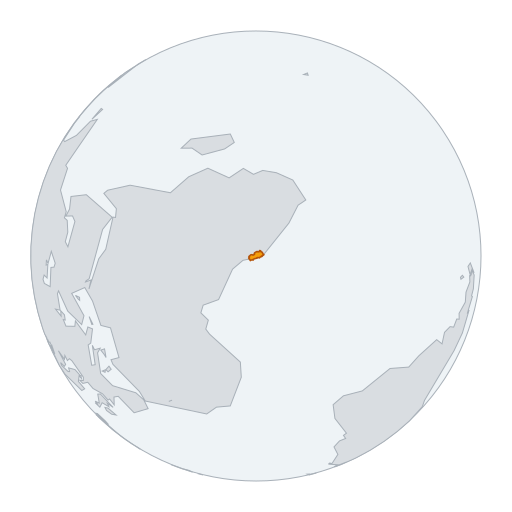 Namibe on an orthographic globe, rotated 236°
{"feature_id": "AGO-1893", "entity_name": "Namibe", "entity_type": "Province", "adm_level": 1, "iso_a3": "AGO", "parent_name": "Angola", "parent_adm1": "", "projection": "orthographic", "projection_center": [12.66, -15.394], "detail": "fine", "context": "on_globe", "style": "filled", "palette": "amber", "viewbox_px": 512, "rotation_deg": 236, "n_neighbors": 0, "source": "natural_earth", "source_scale": "10m", "svg_char_len": 6705}
<svg xmlns="http://www.w3.org/2000/svg" viewBox="0 0 512 512"><g transform="rotate(236 256 256)"><circle cx="256" cy="256" r="225" fill="#eef3f6" stroke="#a8b0b8"/><path d="M130.5,68.9L127.5,71.0L124.8,72.9L130.5,68.9ZM108.3,85.9L106.6,87.4L104.1,89.6L108.3,85.9ZM35.5,209.8L37.1,203.5L34.6,215.9L37.6,202.7L37.3,206.9L42.7,200.0L41.6,203.3L45.7,212.9L54.1,213.9L56.0,221.9L54.6,228.3L58.4,228.2L58.5,231.9L77.2,230.6L89.6,236.8L91.2,250.3L84.7,268.7L87.8,304.2L78.5,320.5L82.2,335.2L85.6,359.0L79.1,361.1L87.3,369.6L88.9,377.4L86.5,380.1L91.5,387.2L90.0,389.1L94.9,392.3L100.7,403.7L108.6,409.9L114.9,418.8L120.2,422.1L119.5,422.8L121.0,425.2L123.9,427.5L118.2,426.2L107.3,417.9L102.4,412.4L101.4,412.7L90.1,398.9L92.1,402.5L76.8,384.1L66.8,367.3L45.6,322.4L42.1,315.0L38.1,309.6L33.5,291.1L31.5,274.9L30.7,258.5L31.1,242.2L32.7,225.9L35.5,209.8ZM130.4,429.8L120.1,427.4L124.6,428.1L120.9,423.1L128.8,425.9L130.4,429.8ZM122.3,416.5L122.1,412.9L124.0,413.6L124.6,416.3L122.3,416.5ZM476.8,211.4L478.0,217.6L478.9,223.3L481.1,246.0L481.0,244.2L479.6,228.9L478.6,222.1L476.3,208.9L470.5,187.3L470.1,187.5L467.7,179.9L459.7,161.2L457.8,161.4L456.4,174.6L460.3,194.2L458.0,200.8L445.2,168.2L437.6,149.0L434.1,148.8L420.0,130.8L398.8,123.4L394.8,118.5L391.1,119.4L381.0,113.3L374.5,105.9L368.8,105.2L385.9,125.2L391.8,126.3L395.4,120.7L399.2,127.7L408.8,135.9L401.7,149.6L368.6,158.4L363.8,143.7L330.4,104.9L330.5,101.3L330.3,100.9L329.8,100.1L328.4,105.8L322.1,99.1L341.6,124.1L345.6,135.2L368.2,159.2L366.5,161.1L373.3,166.7L393.0,164.9L393.5,169.8L385.1,191.2L356.3,220.4L359.3,244.6L355.7,265.2L335.8,277.4L335.7,294.5L325.1,299.6L323.2,309.4L313.6,319.5L298.4,329.0L274.6,328.6L274.6,319.3L264.9,301.7L252.2,261.0L259.7,242.8L258.2,229.2L240.8,200.6L244.8,184.7L239.7,178.5L229.5,180.6L223.5,173.5L217.2,173.8L176.8,183.7L163.7,176.0L146.1,150.8L152.8,138.7L152.6,126.8L197.7,83.1L208.9,83.6L246.2,76.8L251.1,77.8L248.4,85.6L277.8,95.2L285.2,88.6L310.1,95.3L325.6,96.4L328.1,82.3L302.7,80.0L296.6,73.1L315.6,69.1L337.5,72.8L335.8,70.3L320.6,63.3L324.1,60.1L315.1,60.8L319.8,63.5L314.3,64.3L309.6,62.0L311.1,60.7L304.1,59.2L299.0,66.5L303.2,70.0L285.8,70.7L291.2,76.9L287.0,79.7L276.2,70.3L276.1,67.1L257.3,58.7L255.8,61.9L273.5,70.4L268.6,69.7L266.7,75.3L264.3,70.5L245.4,61.5L228.7,64.6L209.8,79.9L199.5,82.5L189.8,81.2L194.2,67.3L216.7,63.3L218.5,59.4L211.9,55.2L219.3,54.7L219.3,52.8L227.6,51.7L237.3,46.8L245.4,45.9L247.2,41.2L251.6,40.4L249.3,43.2L252.0,45.1L272.0,44.8L275.2,43.9L274.8,41.2L280.4,41.9L277.4,39.4L287.9,39.2L272.6,37.6L271.7,35.5L276.9,34.4L273.9,33.7L265.3,35.6L264.4,36.8L268.0,38.1L263.1,42.4L256.6,43.3L251.4,38.6L241.7,39.7L241.9,36.4L264.8,31.6L275.4,31.8L297.1,35.2L295.8,35.7L287.3,34.4L296.9,37.0L295.3,36.1L299.9,37.0L300.2,36.1L303.5,36.7L298.1,35.0L302.2,35.8L305.5,36.9L309.4,37.2L315.4,38.7L331.2,43.7L346.6,49.8L361.6,57.0L375.9,65.3L389.6,74.6L402.6,85.0L414.8,96.2L426.1,108.3L436.5,121.2L446.0,134.9L454.4,149.2L461.7,164.1L467.9,179.5L472.9,195.3L476.8,211.4ZM184.2,102.4L183.4,105.8L184.2,102.4ZM362.3,85.5L374.3,88.9L366.1,79.4L370.0,80.1L365.8,76.9L365.4,78.7L354.6,70.5L358.7,69.7L355.8,66.4L351.6,65.2L345.7,68.2L361.2,79.6L359.7,82.3L362.3,85.5ZM42.9,199.6L43.2,201.2L42.2,202.3L42.9,199.6ZM45.8,176.9L46.5,176.5L45.0,179.0L45.8,176.9ZM44.7,177.8L45.1,177.8L42.4,184.4L42.4,184.5L44.7,177.8ZM119.2,77.5L115.0,81.2L116.7,79.4L113.2,82.2L112.3,82.5L125.9,72.1L119.9,76.5L119.2,77.5ZM211.5,45.7L214.9,46.1L212.7,48.2L202.4,51.1L205.5,47.9L211.5,45.7ZM220.4,46.4L218.0,42.0L224.3,40.6L221.2,42.0L225.6,41.5L221.7,43.8L230.0,47.6L228.6,49.8L210.4,52.9L217.1,50.4L213.3,49.8L220.4,46.4ZM201.0,38.8L200.0,38.5L214.9,35.6L214.1,36.4L203.7,38.8L198.7,39.5L201.0,38.8ZM214.1,34.7L213.8,34.7L212.6,34.9L214.1,34.7ZM208.9,35.7L208.0,35.9L212.1,35.1L181.8,43.3L170.8,47.5L162.9,51.1L160.4,52.0L176.1,45.4L192.3,39.9L208.9,35.7ZM255.7,74.9L259.3,75.1L264.8,74.7L263.7,78.5L255.7,74.9ZM242.7,68.6L245.8,68.0L246.9,72.5L243.1,72.6L242.7,68.6ZM246.6,64.2L245.9,67.6L244.0,65.8L246.6,64.2ZM252.1,42.8L255.4,42.4L256.1,43.0L254.7,44.0L252.1,42.8ZM324.3,84.3L320.4,86.6L317.8,85.0L319.7,84.5L324.3,84.3ZM291.0,81.6L299.1,83.8L290.6,82.6L291.0,81.6ZM379.8,397.0L379.0,401.0L376.7,400.3L379.8,397.0ZM389.3,267.5L371.5,302.9L362.3,301.5L362.3,289.9L369.9,267.8L381.2,263.3L387.2,254.3L389.3,267.5ZM480.5,274.5L481.0,265.3L478.4,227.6L479.4,230.8L481.2,250.4L480.5,274.5ZM461.1,196.4L464.9,210.2L463.3,210.8L461.1,196.4Z" fill="#d9dde1" stroke="#a8b0b8" stroke-width="1"/><path d="M258.0,262.2L257.9,262.1L257.7,262.2L257.3,262.2L257.1,262.3L256.9,262.4L256.8,262.5L256.7,262.6L256.5,262.8L256.3,262.8L256.2,263.0L255.9,263.0L255.7,263.2L255.3,263.2L255.2,263.2L254.9,263.2L254.7,263.2L254.4,263.2L254.2,263.0L254.2,262.9L253.9,262.9L253.6,262.9L253.5,263.0L253.3,263.0L253.1,263.2L252.9,263.3L252.7,263.3L252.6,263.2L252.6,262.5L252.7,262.1L252.7,261.8L252.6,261.5L252.6,261.4L252.7,261.6L252.8,261.6L252.8,261.2L252.8,260.7L252.8,260.3L252.7,258.8L252.7,258.7L252.8,258.5L252.7,258.3L252.5,258.0L252.5,257.8L252.6,257.6L252.8,257.5L253.1,257.4L253.2,257.2L253.5,256.9L253.5,256.7L253.6,256.4L253.6,256.2L253.7,255.8L253.7,255.4L253.8,255.3L253.9,255.1L254.0,255.2L254.0,254.9L253.9,254.9L254.0,254.7L254.1,254.3L254.1,254.2L254.3,253.9L254.4,253.7L254.5,253.6L254.5,253.4L254.5,253.2L254.6,252.8L254.6,252.5L254.7,252.4L254.7,252.2L254.8,252.0L254.8,251.7L254.7,251.5L254.7,251.4L254.7,251.2L254.8,251.2L254.8,250.9L254.7,250.9L254.8,250.8L254.8,250.7L254.9,250.4L255.0,250.3L255.0,250.2L255.3,250.0L255.4,249.8L255.5,249.4L255.4,249.0L255.5,249.0L255.5,248.9L255.6,248.7L255.8,248.7L256.2,248.8L256.4,248.8L256.6,248.9L256.8,249.0L257.0,249.0L257.4,248.8L257.5,248.8L257.5,248.7L258.4,248.8L258.5,248.9L258.4,249.1L258.4,249.3L258.5,249.4L258.6,249.6L258.7,249.8L258.8,249.8L259.0,249.8L259.3,249.9L259.5,249.9L259.5,250.1L259.7,250.3L259.7,250.5L259.5,250.9L259.6,251.2L259.6,251.3L259.7,251.5L259.8,251.5L259.9,252.3L259.7,252.6L259.7,252.8L259.6,253.0L259.5,253.3L259.4,253.4L258.7,253.9L258.5,254.0L258.4,254.0L258.3,254.5L258.2,254.7L258.2,254.8L258.4,255.1L258.2,255.3L258.2,255.5L258.4,255.5L258.5,255.6L258.6,255.8L258.7,255.7L258.8,255.7L258.9,255.8L258.9,256.0L259.0,256.1L259.1,256.3L259.4,256.5L259.4,257.3L259.5,257.7L259.5,257.8L259.2,258.4L259.2,258.5L259.2,258.8L259.3,259.0L259.2,259.3L258.9,259.7L258.6,259.8L258.4,259.9L258.3,260.0L258.2,260.0L258.1,260.3L258.2,260.5L258.0,260.8L257.9,260.9L257.8,261.0L258.0,261.4L258.4,261.8L258.5,262.0L258.4,262.2L258.3,262.3L258.3,262.2L258.2,262.2L258.0,262.2ZM252.5,260.8L252.5,261.0L252.4,261.1L252.3,260.6L252.3,260.4L252.5,260.4L252.5,260.6L252.5,260.8Z" fill="#f59e0b" stroke="#b45309" stroke-width="1.5"/></g></svg>